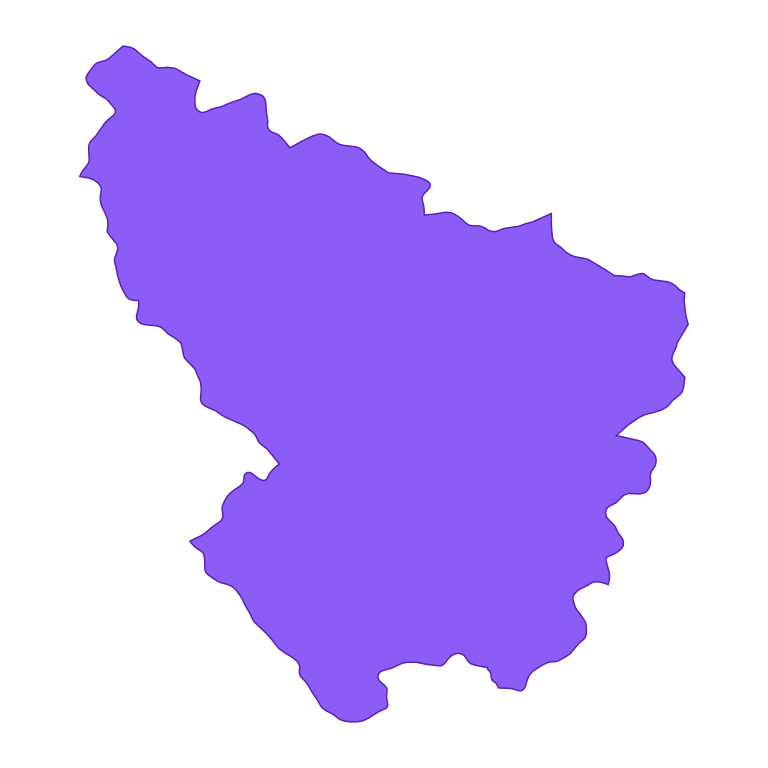 map outline of Šumadijski (Equal Earth projection)
{"feature_id": "SRB-839", "entity_name": "Šumadijski", "entity_type": "District", "adm_level": 1, "iso_a3": "SRB", "parent_name": "Republic of Serbia", "parent_adm1": "", "projection": "equal_earth", "projection_center": [20.746, 44.097], "detail": "fine", "context": "isolated", "style": "filled", "palette": "violet", "viewbox_px": 768, "rotation_deg": 0, "n_neighbors": 0, "source": "natural_earth", "source_scale": "10m", "svg_char_len": 6065}
<svg xmlns="http://www.w3.org/2000/svg" viewBox="0 0 768 768"><path d="M350.8,721.9L344.7,721.2L340.8,719.9L338.4,718.5L334.1,715.1L331.7,713.6L325.9,710.7L322.4,707.9L320.9,706.2L318.7,702.3L311.1,690.6L307.7,684.5L304.9,681.0L300.8,676.8L300.0,675.3L299.5,673.7L299.4,671.6L299.6,666.5L299.1,664.4L297.5,661.7L293.6,658.2L283.3,651.9L278.9,648.4L276.4,645.6L270.9,638.5L266.3,633.4L254.4,622.1L252.9,619.8L250.4,614.3L244.9,604.8L242.3,599.0L239.8,595.2L236.0,590.0L232.8,587.1L230.5,585.7L226.7,584.2L221.6,582.9L217.9,581.4L211.6,577.4L207.2,574.0L206.0,572.5L204.9,569.6L204.6,558.5L203.8,554.5L203.0,553.0L201.2,551.2L198.0,549.2L194.2,546.3L191.5,543.3L189.9,541.1L202.3,535.0L205.1,533.1L212.4,526.8L219.4,522.0L221.3,520.3L222.5,518.1L222.9,516.0L222.8,513.8L222.3,510.8L222.1,508.5L222.4,506.3L224.4,501.2L227.3,496.3L229.6,493.7L233.7,490.3L239.9,486.1L242.5,483.7L243.3,482.4L243.7,480.8L244.1,476.1L244.7,474.7L245.6,473.5L247.4,472.5L248.8,472.4L250.3,472.7L251.7,473.3L258.1,478.3L260.4,479.6L263.2,480.5L264.7,480.3L266.0,479.7L267.2,478.2L269.3,474.0L272.2,470.2L276.3,466.4L279.4,464.1L268.6,450.7L266.6,448.6L261.2,444.5L259.3,442.7L258.0,440.8L256.1,436.4L254.8,434.5L253.0,432.6L248.1,428.6L245.9,426.9L241.8,424.5L226.5,417.8L221.6,415.0L215.6,410.7L207.4,407.3L204.5,405.6L202.5,404.0L201.4,402.5L200.5,399.8L201.2,389.3L200.7,383.3L199.9,380.5L197.2,374.8L195.1,369.4L192.2,366.1L185.4,359.2L184.0,356.7L183.4,354.9L181.8,345.8L181.0,343.6L179.8,341.8L173.8,337.3L168.3,334.1L161.8,327.8L159.7,326.7L154.8,325.6L144.2,324.6L140.4,323.2L138.3,321.7L137.0,319.7L136.5,317.5L136.7,315.1L138.6,307.1L138.8,304.2L138.7,301.7L138.4,300.5L134.2,300.4L131.2,299.8L128.9,298.9L127.1,297.3L125.7,295.3L122.8,290.1L121.0,286.3L119.7,282.5L117.4,274.6L116.1,267.6L114.4,261.0L114.7,258.5L117.7,249.4L117.7,247.2L117.2,245.4L116.4,243.7L110.3,236.3L107.2,231.6L107.9,225.1L107.7,220.5L107.2,218.3L104.9,212.7L101.6,205.9L100.5,202.0L100.3,197.1L101.3,189.4L101.0,187.3L99.4,184.5L97.8,182.8L93.6,179.8L89.1,178.1L79.8,176.5L80.2,175.2L82.5,170.8L86.6,165.9L87.9,164.0L88.8,162.1L89.2,159.9L88.7,149.5L88.8,145.7L89.0,144.7L89.9,142.4L92.0,139.9L95.9,135.9L104.5,123.4L107.4,120.4L113.9,114.9L115.0,113.4L115.5,111.8L115.2,109.6L113.9,107.4L106.5,99.1L99.0,94.5L88.4,84.5L87.6,83.2L86.4,80.3L86.0,78.0L86.2,77.0L86.7,75.7L87.9,73.7L91.2,69.1L94.8,64.7L96.5,63.2L99.7,61.9L104.6,60.7L108.4,59.0L122.9,46.1L130.2,47.2L134.2,48.9L142.4,56.0L151.1,61.9L156.4,67.0L157.8,67.7L159.5,67.9L167.7,67.4L174.2,68.1L176.9,69.2L186.8,74.9L199.9,80.9L195.9,91.9L195.2,95.1L194.8,101.5L195.0,104.6L195.7,107.4L196.4,109.0L197.5,110.3L200.4,112.1L201.9,112.5L204.0,112.3L206.6,111.5L211.8,109.0L221.7,106.6L228.2,103.6L241.0,99.2L250.1,94.6L252.8,93.7L255.2,93.4L259.0,94.1L262.0,95.5L263.2,96.5L264.5,98.3L265.3,100.4L265.8,103.3L266.4,112.2L267.7,120.5L267.5,125.7L267.8,127.3L268.4,128.9L269.8,130.7L271.8,132.1L277.4,134.2L278.9,135.2L282.9,139.2L290.0,147.7L301.5,141.4L312.4,136.1L318.1,134.2L320.5,134.0L322.8,134.3L326.0,135.3L329.2,136.9L336.2,142.5L338.7,143.9L340.6,144.7L345.1,145.6L355.8,146.8L359.6,148.2L361.8,149.6L365.0,152.6L368.4,157.6L371.1,160.5L376.8,165.0L388.5,172.9L404.0,174.2L416.0,176.6L418.6,177.2L424.3,179.4L426.8,180.8L428.8,182.2L429.7,183.3L430.2,184.5L430.2,185.9L429.8,187.4L427.9,189.9L424.2,193.6L423.0,195.2L422.3,197.1L422.1,199.1L423.6,205.6L424.0,208.5L424.3,215.0L434.1,214.1L445.8,212.2L451.0,212.8L454.3,214.2L457.9,216.2L462.2,219.6L466.1,223.3L469.1,225.2L473.1,225.9L476.4,225.7L480.6,226.2L484.8,228.0L489.2,230.7L492.6,231.5L494.9,231.5L497.3,231.1L503.8,228.5L519.1,226.2L525.5,223.7L531.9,222.2L551.3,213.5L551.4,226.4L552.4,237.3L553.1,239.6L554.2,242.0L555.9,243.9L560.9,247.4L566.2,252.3L569.4,254.4L574.5,256.7L584.8,258.5L588.8,259.8L605.8,270.0L614.0,275.5L621.9,275.9L628.1,276.8L630.7,276.6L638.7,274.0L642.1,273.5L643.9,274.0L645.7,275.1L649.9,278.3L653.5,279.9L667.1,281.7L671.3,283.2L675.4,285.8L679.6,289.9L684.7,292.9L684.2,302.0L685.8,315.3L688.2,324.3L676.9,343.3L676.7,345.6L676.2,347.1L673.1,353.7L672.3,355.9L671.8,358.5L672.3,361.2L673.2,363.3L674.3,365.2L684.9,377.3L683.5,387.7L682.2,391.8L679.7,394.8L672.5,400.6L668.7,405.3L666.7,407.0L661.4,410.0L653.2,412.6L645.8,414.3L638.9,417.6L627.6,425.4L616.5,435.5L639.6,440.9L642.9,442.2L644.7,443.7L654.2,454.1L655.4,456.4L656.0,458.6L656.1,460.8L655.9,463.1L655.3,465.4L651.4,471.7L650.5,473.8L650.2,475.9L650.6,481.2L650.0,485.7L648.7,488.5L647.5,490.4L645.9,492.0L644.5,492.7L641.3,493.7L639.0,493.9L628.2,493.5L624.8,494.6L622.8,496.1L615.9,502.9L610.4,505.6L608.4,506.9L606.8,508.7L605.9,510.9L605.7,513.1L605.9,515.2L606.5,516.8L607.4,518.4L613.4,524.3L614.8,526.1L616.1,528.3L617.8,532.3L621.9,537.9L622.7,539.4L623.2,541.1L623.4,543.3L623.2,545.5L622.5,547.1L621.6,548.6L620.3,549.8L614.9,553.6L607.7,556.7L606.2,558.1L605.9,559.4L606.0,560.8L609.1,571.8L609.5,574.5L609.4,579.0L608.2,584.5L600.3,582.0L595.6,581.8L593.5,582.1L591.6,582.9L586.8,585.7L578.4,590.0L575.3,593.0L573.8,594.9L572.9,596.9L572.8,598.9L575.0,606.6L576.7,609.6L579.8,613.5L585.0,621.3L585.9,623.9L586.3,626.7L586.4,632.4L586.0,635.1L584.8,638.1L583.2,639.8L578.7,643.5L570.5,653.4L566.1,656.6L558.8,660.6L556.2,661.5L549.1,662.1L545.2,663.6L537.6,668.0L533.1,671.1L530.4,673.8L528.5,676.8L527.1,680.5L525.2,686.8L524.4,688.3L522.8,690.0L520.8,690.8L518.4,690.7L512.9,688.9L509.7,688.4L498.9,688.0L495.8,682.9L492.9,681.0L492.0,680.0L491.3,678.0L491.1,675.0L490.6,673.1L489.6,671.3L487.9,669.6L487.4,667.7L475.1,665.2L471.0,663.8L468.9,662.3L465.8,657.6L464.2,655.6L462.0,654.2L460.3,653.6L458.5,653.4L456.3,653.5L454.7,654.0L451.6,655.7L448.8,658.2L444.1,664.0L442.4,665.3L441.1,665.8L438.0,665.8L426.2,664.3L417.0,662.4L407.5,662.2L402.3,663.2L392.0,668.0L383.1,670.6L381.3,671.3L379.4,672.8L378.2,674.8L377.9,676.8L378.3,678.8L379.5,680.9L385.4,686.1L386.3,687.4L387.1,689.4L386.5,697.0L387.7,704.2L387.6,705.7L387.1,707.0L386.2,708.1L384.8,708.9L379.1,711.5L367.3,718.7L363.0,720.8L357.1,721.8L350.8,721.9Z" fill="#8b5cf6" stroke="#5b21b6" stroke-width="1.5"/></svg>